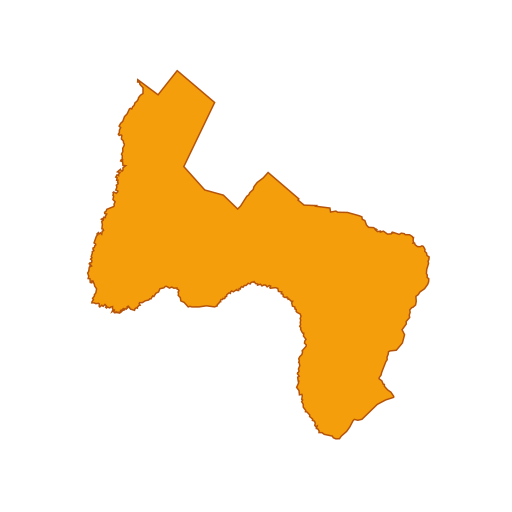 Metán, Salta, Argentina (Equal Earth projection), rotated 209°
{"feature_id": "61730980B22124593999918", "entity_name": "Metán", "entity_type": "district", "adm_level": 2, "iso_a3": "ARG", "parent_name": "Argentina", "parent_adm1": "Salta", "projection": "equal_earth", "projection_center": [-64.481, -25.427], "detail": "fine", "context": "isolated", "style": "filled", "palette": "amber", "viewbox_px": 512, "rotation_deg": 209, "n_neighbors": 0, "source": "geoboundaries", "source_scale": "gbopen_adm2", "svg_char_len": 6117}
<svg xmlns="http://www.w3.org/2000/svg" viewBox="0 0 512 512"><g transform="rotate(209 256 256)"><path d="M87.6,241.6L85.8,250.9L87.9,259.2L92.5,262.3L91.6,269.4L92.9,271.5L91.8,276.7L93.3,278.6L93.9,281.5L95.4,283.4L94.8,286.3L93.9,287.2L92.7,290.5L93.9,294.1L96.6,298.2L95.4,300.9L95.2,304.0L92.7,309.1L92.1,314.4L92.5,317.1L93.8,319.8L96.0,320.3L97.0,322.4L98.5,323.3L100.2,327.1L101.5,333.2L103.0,334.9L103.0,336.5L104.1,339.1L106.7,339.3L108.3,341.3L110.7,341.9L111.4,343.7L114.3,345.5L115.8,345.3L116.8,343.8L119.3,342.5L122.3,343.0L123.6,344.2L124.9,343.4L125.0,344.6L126.3,346.0L127.2,348.5L127.9,348.1L128.6,348.8L132.1,349.0L135.8,347.0L137.2,347.4L140.0,346.4L141.2,344.3L146.7,343.3L147.5,342.5L148.0,343.1L148.5,342.7L148.5,340.9L151.6,338.9L156.6,339.5L158.8,337.2L159.3,338.1L161.7,336.2L162.9,336.6L163.0,337.4L163.9,336.8L164.3,337.7L164.9,337.1L165.5,337.7L167.0,337.8L171.4,335.7L174.3,336.6L178.0,339.8L180.8,339.6L182.4,341.6L185.5,341.2L197.2,338.4L205.7,333.9L207.9,334.0L212.1,330.6L214.6,333.8L227.8,328.5L227.6,329.4L238.6,323.8L246.4,325.3L246.2,326.7L285.9,334.9L287.5,327.9L290.6,320.9L291.4,315.8L290.7,312.7L292.1,308.5L292.0,305.9L293.0,303.8L293.7,292.2L294.8,288.2L314.1,293.4L332.8,288.9L362.5,299.2L366.6,370.2L414.8,379.9L419.8,349.5L444.9,352.9L443.9,350.8L442.1,351.5L440.6,349.7L436.4,348.4L433.6,343.3L435.0,340.6L435.5,337.5L435.0,336.0L435.2,333.5L436.1,331.4L435.6,328.6L436.2,326.8L436.0,324.4L437.5,324.2L438.0,323.3L437.6,317.8L438.6,314.2L437.8,309.2L438.7,306.4L438.7,303.2L436.6,302.7L436.5,299.9L435.3,297.5L435.5,295.8L434.1,295.1L432.8,296.5L431.8,296.4L430.5,293.1L427.8,292.3L426.8,290.8L425.5,290.1L424.9,288.9L424.8,285.6L423.1,282.8L423.0,279.8L421.5,278.9L420.4,276.5L419.3,275.6L419.2,275.0L420.5,274.8L420.5,273.5L418.3,273.7L416.3,270.7L413.8,271.8L415.1,268.6L414.0,266.6L414.2,265.4L415.0,265.0L416.6,266.1L418.0,262.4L415.4,262.9L415.9,260.7L415.2,259.7L416.9,259.5L416.9,257.0L415.4,257.1L414.6,254.6L413.4,255.3L412.7,253.1L411.9,253.0L411.7,251.9L412.5,250.2L411.1,248.9L410.6,245.7L408.5,246.0L408.0,245.3L408.6,243.1L411.5,243.0L411.8,242.1L411.0,241.5L410.6,239.7L409.5,239.3L408.5,236.0L405.5,235.2L405.3,232.5L404.3,231.2L404.5,230.2L409.1,224.5L408.8,222.7L409.6,220.8L408.9,219.8L406.9,220.3L407.0,217.6L406.4,216.6L407.9,216.1L407.2,214.0L408.4,214.4L409.1,213.2L407.2,213.1L407.6,211.3L405.6,209.0L404.0,205.1L402.9,205.4L401.7,204.4L402.5,203.1L401.5,200.2L403.3,200.8L404.0,199.1L405.2,200.0L405.8,198.1L404.8,197.5L405.2,195.9L404.0,188.9L402.2,188.8L401.5,188.0L402.0,186.8L401.5,185.1L402.4,184.0L402.0,183.0L400.4,182.1L401.3,180.3L400.6,179.3L399.8,175.5L398.6,174.9L399.2,173.1L397.5,172.6L396.8,171.3L396.7,170.4L398.0,169.4L398.1,168.3L396.8,168.2L396.5,167.1L395.5,167.9L394.9,167.6L396.4,165.4L394.9,161.5L395.0,159.5L392.5,157.2L391.9,154.9L390.2,155.6L388.1,152.5L387.0,152.8L387.4,154.8L386.1,155.0L385.5,153.6L384.5,153.7L382.5,151.5L379.5,150.0L378.2,146.1L378.6,143.7L377.9,142.7L378.4,139.7L377.0,139.0L377.3,136.7L376.9,135.4L374.7,136.6L373.1,136.6L370.9,138.2L369.8,138.1L368.8,136.0L367.9,135.7L367.0,138.2L365.3,137.9L364.6,140.4L362.7,139.8L362.6,138.2L361.5,138.1L361.4,139.3L358.7,139.7L358.3,141.0L356.9,142.2L356.3,140.7L355.1,140.0L354.9,137.5L353.7,139.8L353.1,138.1L352.3,137.7L351.3,138.4L351.4,139.4L350.4,139.0L349.7,139.8L349.0,139.4L348.6,140.3L347.8,140.0L347.6,141.6L348.1,142.8L347.1,143.4L346.7,142.1L346.2,143.7L347.0,144.3L346.5,145.6L345.3,144.7L344.9,145.2L345.4,145.9L345.0,146.6L343.7,146.6L343.5,148.2L344.1,149.1L343.7,149.8L343.1,148.8L342.8,150.0L340.0,148.7L335.9,149.6L336.3,151.4L335.4,152.8L334.5,152.9L334.9,153.7L334.5,156.0L333.5,156.8L335.1,157.7L335.2,158.8L332.8,160.1L331.1,163.2L328.5,165.5L328.2,167.1L327.1,167.5L327.0,171.0L325.7,171.0L325.5,174.9L323.8,177.3L324.2,180.8L321.2,183.4L320.6,185.3L319.6,186.1L316.1,186.0L314.6,188.0L312.3,188.0L309.6,189.7L308.8,188.7L307.6,189.0L306.5,188.2L306.7,186.7L305.5,185.5L305.0,183.9L302.0,182.9L300.0,180.3L296.3,180.6L290.6,178.6L289.3,180.0L287.5,180.3L281.1,183.9L275.2,188.4L267.6,191.4L265.8,193.4L266.3,195.0L265.6,196.2L265.6,198.0L264.7,198.9L265.4,199.6L265.5,200.9L264.4,201.5L264.3,202.9L263.3,203.0L262.7,204.2L263.2,205.6L262.1,206.3L262.8,208.1L261.7,210.7L260.3,210.9L260.8,212.3L260.4,213.6L258.4,213.7L256.6,217.3L255.9,216.7L254.4,217.4L254.9,219.3L253.7,219.6L254.1,220.8L253.8,222.2L252.2,222.4L252.0,224.5L250.4,225.4L249.6,228.3L247.5,228.8L247.5,230.4L246.6,231.5L245.7,231.7L245.3,232.7L243.0,231.7L240.9,232.3L240.5,231.3L238.4,233.5L236.3,232.7L235.0,234.5L233.4,235.2L231.3,234.4L230.1,236.6L228.6,236.8L228.5,235.0L227.8,234.8L223.6,237.8L221.2,238.2L219.2,235.9L216.0,237.0L215.7,235.3L213.8,235.6L212.5,233.7L210.5,233.8L209.0,235.1L208.3,234.3L207.5,234.6L206.9,233.7L206.1,234.3L203.2,233.5L202.0,234.1L202.1,232.3L199.8,229.8L197.3,230.2L196.2,228.5L194.9,228.7L194.0,227.0L192.6,226.6L189.2,226.7L187.4,225.1L187.0,222.6L185.9,221.8L185.0,219.2L183.7,217.6L183.7,215.7L182.0,215.0L181.4,213.5L178.9,211.8L177.7,211.2L176.8,211.6L175.7,209.0L171.9,207.4L172.1,205.5L171.4,203.3L168.9,202.6L168.4,201.3L169.7,195.4L168.7,194.6L168.1,192.1L168.9,189.2L168.8,186.8L167.3,185.3L167.1,183.6L166.2,183.3L164.5,181.2L164.1,177.7L162.6,176.3L162.5,174.9L163.0,174.2L162.7,173.1L159.9,171.8L160.8,170.2L158.9,167.6L157.9,167.4L158.2,166.8L157.2,165.6L156.8,160.8L153.1,159.1L150.7,155.6L148.8,157.2L147.7,156.1L146.5,152.8L145.4,152.7L145.4,150.7L142.9,149.3L141.4,146.7L137.6,145.0L137.3,143.8L135.9,144.3L131.9,143.0L131.3,141.6L127.3,140.8L127.0,139.6L124.8,139.9L123.1,138.5L122.5,136.4L121.0,135.7L120.1,137.0L119.6,134.4L118.1,134.7L116.0,133.6L115.3,132.1L112.6,133.5L109.9,133.1L101.9,135.5L100.3,134.5L97.5,134.8L94.4,136.7L94.1,139.8L91.7,146.5L91.1,151.9L91.3,159.2L90.7,160.8L87.3,161.7L84.2,164.5L78.0,185.0L72.8,193.0L67.1,199.1L67.5,200.0L72.0,202.3L76.0,202.7L80.5,204.3L81.5,205.9L82.5,205.5L85.4,207.8L88.9,208.3L89.3,209.5L88.9,212.3L89.7,215.4L91.2,226.4L91.0,228.9L92.4,231.1L92.7,234.0L93.7,236.5L92.7,238.0L87.6,241.6Z" fill="#f59e0b" stroke="#b45309" stroke-width="1.5"/></g></svg>